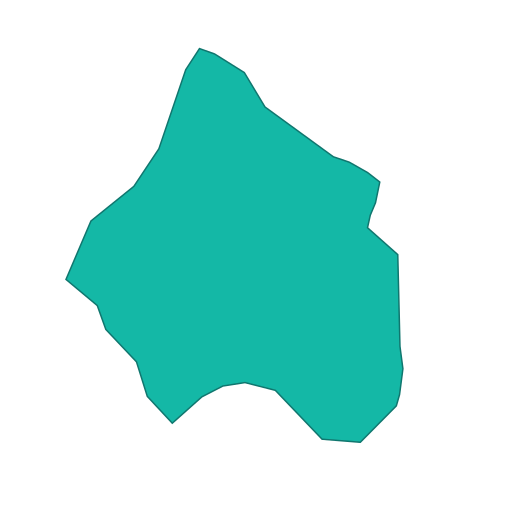 the Municipality of Velenje, rotated 16°
{"feature_id": "SVN-1001", "entity_name": "Velenje", "entity_type": "Municipality", "adm_level": 1, "iso_a3": "SVN", "parent_name": "Slovenia", "parent_adm1": "", "projection": "robinson", "projection_center": [15.138, 46.376], "detail": "fine", "context": "isolated", "style": "filled", "palette": "teal", "viewbox_px": 512, "rotation_deg": 16, "n_neighbors": 0, "source": "natural_earth", "source_scale": "10m", "svg_char_len": 559}
<svg xmlns="http://www.w3.org/2000/svg" viewBox="0 0 512 512"><g transform="rotate(16 256 256)"><path d="M144.5,72.2L160.5,73.2L194.2,82.9L223.6,110.3L303.0,139.3L319.8,140.1L340.5,145.1L354.6,150.8L356.2,171.9L354.6,185.3L355.4,198.1L391.9,215.6L419.3,303.2L428.3,323.9L432.2,349.7L432.2,361.4L407.6,406.3L370.0,413.9L311.6,379.8L280.3,380.7L260.0,390.1L242.8,406.3L221.6,439.8L190.2,420.9L170.3,390.7L131.9,368.0L117.1,347.4L79.8,330.9L87.7,267.8L119.4,222.7L133.1,179.7L137.1,96.3L144.5,72.2Z" fill="#14b8a6" stroke="#0f766e" stroke-width="1.5"/></g></svg>